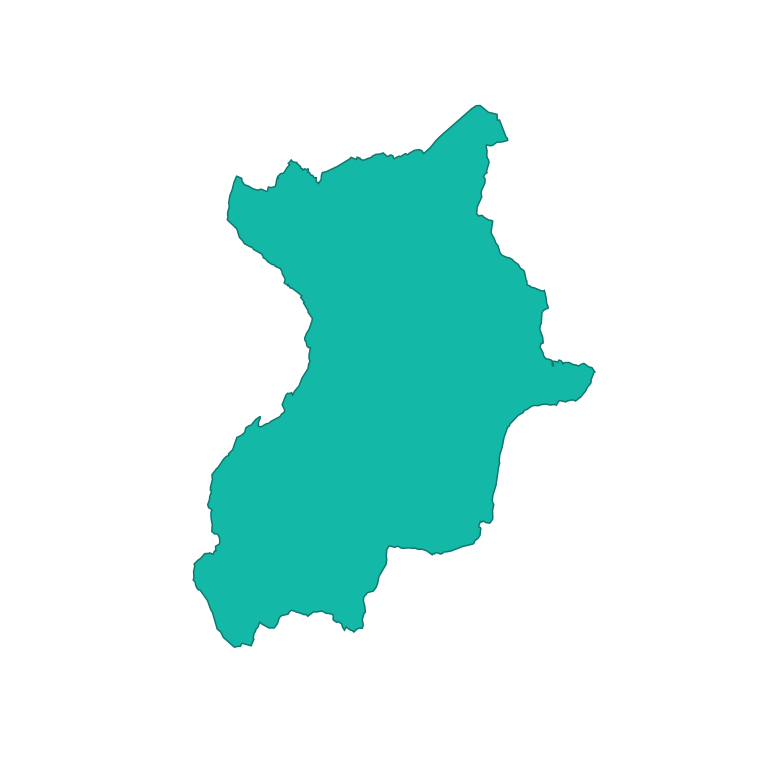 Bogdan Voda, Maramures, Romania, rotated 106°
{"feature_id": "2599482B91571956331193", "entity_name": "Bogdan Voda", "entity_type": "district", "adm_level": 2, "iso_a3": "ROU", "parent_name": "Romania", "parent_adm1": "Maramures", "projection": "robinson", "projection_center": [24.297, 47.701], "detail": "fine", "context": "isolated", "style": "filled", "palette": "teal", "viewbox_px": 768, "rotation_deg": 106, "n_neighbors": 0, "source": "geoboundaries", "source_scale": "gbopen_adm2", "svg_char_len": 6164}
<svg xmlns="http://www.w3.org/2000/svg" viewBox="0 0 768 768"><g transform="rotate(106 384 384)"><path d="M531.0,522.4L533.8,521.6L533.6,521.0L536.0,520.2L540.3,520.5L543.1,519.9L548.7,520.2L551.2,518.5L552.0,515.4L552.8,514.5L554.3,515.0L556.5,514.6L561.0,513.1L566.6,510.3L573.2,508.9L574.8,505.6L574.2,503.5L574.7,502.0L577.1,499.9L581.0,498.2L583.5,498.3L586.4,501.2L590.9,499.6L591.0,500.6L591.9,501.0L594.7,501.3L594.4,505.0L595.1,505.8L596.5,509.6L602.0,512.1L604.8,514.4L609.3,516.9L611.3,515.7L616.7,515.4L622.3,513.4L625.0,513.4L626.6,510.8L629.4,509.6L632.3,507.0L633.0,505.6L632.9,504.1L633.4,503.2L640.8,494.0L648.7,488.3L650.9,485.9L665.5,476.8L667.5,472.4L671.9,468.6L678.2,455.3L676.3,451.7L675.8,449.7L672.8,449.2L672.3,448.3L672.3,439.6L665.2,438.7L664.9,439.5L659.8,440.2L657.4,439.4L654.9,439.4L652.0,438.1L647.2,437.9L648.5,434.9L650.2,427.3L648.8,422.3L644.0,420.4L637.6,420.2L635.9,419.3L634.5,418.1L631.8,412.8L629.2,412.1L626.9,410.6L627.4,404.4L627.2,401.7L627.8,397.4L627.0,395.3L628.3,393.3L622.5,389.0L621.5,385.4L619.7,382.0L619.5,379.8L620.4,376.4L619.7,372.9L619.8,369.9L620.9,368.8L624.2,368.1L625.1,367.3L626.1,363.5L625.0,362.7L626.2,358.7L629.8,356.3L631.5,354.1L628.0,353.4L629.7,349.0L629.8,346.5L630.7,344.6L626.9,342.3L625.5,340.6L624.8,337.5L621.4,337.5L616.3,340.0L610.1,339.9L608.4,339.0L603.5,341.0L597.9,344.1L594.5,344.7L589.2,342.4L585.8,337.0L581.4,335.5L577.4,335.2L570.3,335.8L556.9,332.3L551.5,333.1L549.5,334.2L542.5,335.7L538.2,334.6L538.0,328.6L536.7,327.1L536.0,325.4L536.9,322.7L536.8,320.9L534.6,314.6L534.1,311.2L533.2,308.7L533.5,305.5L532.3,301.8L532.6,297.0L534.9,290.6L533.5,290.0L533.5,288.7L532.0,287.9L531.6,286.1L531.9,282.8L530.7,281.2L528.7,279.8L528.1,277.5L525.9,273.3L518.5,263.6L513.3,254.4L511.9,253.6L509.6,253.5L506.6,251.2L503.1,250.0L496.4,251.1L495.4,251.8L495.4,253.0L494.9,253.8L489.7,253.4L489.4,253.0L489.8,252.0L488.4,250.7L489.1,247.7L488.7,244.2L488.1,243.7L484.4,242.4L482.7,242.5L475.3,244.9L469.8,245.2L466.8,247.7L460.7,248.7L450.7,248.4L432.1,251.0L427.8,251.1L426.1,252.2L419.8,253.2L412.3,253.0L402.0,253.9L391.3,253.2L390.3,252.1L387.5,251.8L377.1,246.3L373.1,242.4L370.3,241.6L369.2,239.6L364.3,235.7L362.9,232.7L362.3,229.6L360.6,227.4L358.6,222.8L358.5,218.9L356.6,214.0L356.9,212.5L352.5,211.4L351.4,210.4L351.2,205.1L350.9,204.1L349.1,202.6L349.1,201.7L347.8,199.9L347.2,196.7L347.6,195.2L344.8,193.2L343.7,193.1L343.4,192.0L342.6,191.5L335.3,188.3L331.1,187.6L326.4,185.5L324.2,185.6L323.6,186.1L315.0,185.4L314.4,184.9L314.4,183.9L314.3,184.6L311.0,188.6L311.1,192.3L309.5,196.0L309.2,197.7L310.6,199.7L313.1,202.0L312.8,204.1L313.2,207.5L312.3,212.1L313.8,216.7L315.4,217.5L313.8,218.8L312.8,220.5L312.8,222.4L315.1,223.1L315.1,226.3L315.7,227.7L316.6,227.9L319.7,226.0L320.2,226.3L319.6,227.4L315.4,228.8L314.9,230.0L314.7,233.0L315.3,234.5L314.5,236.2L313.0,238.2L310.0,239.9L305.3,244.4L301.4,243.9L301.0,242.5L299.8,242.5L294.9,244.6L288.5,249.3L284.9,249.9L282.5,249.5L272.3,251.8L269.5,251.1L267.1,248.9L266.1,247.2L265.0,247.2L261.5,249.9L257.1,251.6L249.9,255.6L250.8,256.8L251.0,258.9L250.1,266.4L250.5,268.8L249.5,270.7L249.2,273.9L245.8,275.0L244.3,276.3L236.9,280.2L236.2,281.3L235.1,284.9L232.1,287.8L230.0,293.6L228.9,295.0L228.2,298.2L228.4,301.6L227.6,306.3L225.5,308.9L219.7,312.5L217.8,315.2L214.0,318.0L209.8,322.3L208.1,323.0L197.4,324.4L197.1,325.9L197.6,328.3L196.2,333.8L194.9,335.9L195.6,338.2L196.5,339.4L195.5,340.5L195.1,341.8L188.1,343.2L177.2,341.6L173.9,343.3L171.2,343.6L163.0,342.4L159.0,343.3L157.1,345.6L154.3,344.7L152.5,343.2L151.2,344.1L142.2,344.1L139.5,345.5L138.8,346.6L136.3,348.1L131.2,349.3L127.7,351.3L125.9,351.4L125.8,348.0L124.8,345.5L120.4,342.0L119.0,337.7L115.8,332.3L113.9,333.0L112.9,334.8L98.4,345.7L99.1,347.9L93.6,349.6L94.0,358.6L89.8,368.3L91.1,372.1L95.4,375.7L130.9,398.5L135.5,401.0L144.1,404.7L151.5,409.3L149.6,411.6L149.0,412.9L149.1,415.0L151.0,419.1L154.8,423.0L157.1,424.4L156.6,426.9L161.0,430.9L160.8,432.0L161.2,432.9L164.7,436.5L164.0,437.5L162.5,438.1L162.0,439.5L162.0,440.9L164.1,442.8L164.3,443.9L162.1,448.6L164.3,451.6L165.4,455.0L168.5,458.3L169.3,458.0L171.7,461.8L174.2,464.8L174.7,466.8L174.2,469.0L173.6,469.1L173.4,472.4L175.8,472.4L175.2,478.2L177.0,478.9L187.6,488.7L195.9,498.1L197.7,501.5L200.1,501.7L205.1,500.8L209.1,502.2L208.6,502.5L208.6,503.8L207.8,505.2L204.4,505.9L204.9,508.3L203.2,510.0L203.4,511.9L201.2,514.1L201.3,515.8L200.0,515.5L198.2,516.0L198.3,516.6L199.5,517.9L198.9,519.5L200.7,521.0L199.6,521.8L199.3,523.7L198.1,524.1L195.9,528.3L195.1,528.8L195.6,532.9L194.2,535.0L198.5,536.8L199.3,535.0L202.6,536.8L207.1,538.0L209.4,539.0L209.7,540.4L210.5,541.5L213.8,543.3L214.7,543.4L215.5,542.4L215.9,543.4L217.1,543.6L221.6,542.9L224.2,543.1L226.2,546.3L226.6,549.5L230.6,549.2L231.3,549.7L230.6,555.2L230.8,556.3L232.5,558.8L232.5,563.7L231.0,569.3L231.0,572.4L230.6,573.5L228.1,576.4L225.8,577.3L225.4,577.9L224.9,583.0L231.4,583.8L239.4,583.5L245.4,584.1L252.8,583.2L256.1,581.6L261.7,581.6L264.2,581.1L266.2,580.1L269.3,579.9L275.5,568.2L282.9,563.4L285.2,559.5L287.6,556.9L289.1,549.9L288.6,549.0L290.7,546.2L292.7,537.6L294.2,535.8L296.0,534.8L296.3,532.6L298.5,529.3L300.0,524.3L299.6,522.7L300.9,520.7L301.6,515.6L303.9,513.2L306.3,512.0L310.0,508.3L311.4,507.7L314.5,507.8L315.3,504.5L315.0,503.6L316.0,503.7L316.1,502.1L317.5,500.7L317.1,499.9L317.6,498.4L317.3,498.3L321.9,487.3L323.7,488.0L327.3,483.1L328.2,483.8L334.1,477.5L336.0,476.7L340.6,471.0L343.5,470.6L352.7,471.2L356.2,472.4L361.5,472.9L363.6,472.2L365.5,470.1L368.7,468.6L369.8,466.5L369.5,464.7L376.6,464.1L380.1,463.1L382.5,461.4L385.5,461.9L390.1,461.3L400.8,464.4L409.2,465.1L415.7,468.1L419.9,468.8L417.8,470.5L419.4,472.7L419.5,474.1L421.7,475.2L432.0,476.2L436.3,472.3L438.9,472.2L441.1,474.2L444.0,475.0L451.2,482.5L453.6,483.9L454.4,485.9L459.2,490.5L459.2,493.1L455.3,494.1L451.5,493.6L449.6,494.0L449.7,494.4L453.3,497.4L460.1,500.4L461.7,502.6L464.1,504.7L469.1,504.6L473.1,507.4L475.9,510.7L489.0,511.4L493.9,514.2L495.4,513.5L497.2,515.7L500.5,517.5L510.2,520.6L511.2,521.5L518.6,524.4L523.2,522.6L531.0,522.4Z" fill="#14b8a6" stroke="#0f766e" stroke-width="1.5"/></g></svg>